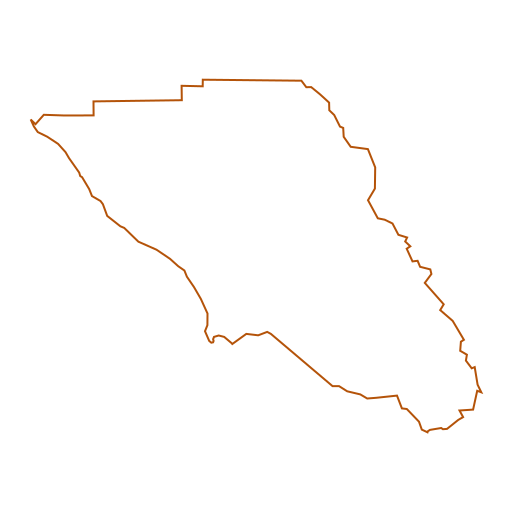 the district of Sonoma, California, United States of America
{"feature_id": "52423323B39454223771984", "entity_name": "Sonoma", "entity_type": "district", "adm_level": 2, "iso_a3": "USA", "parent_name": "United States of America", "parent_adm1": "California", "projection": "natural_earth1", "projection_center": [-122.845, 38.481], "detail": "fine", "context": "isolated", "style": "outline", "palette": "amber", "viewbox_px": 512, "rotation_deg": 0, "n_neighbors": 0, "source": "geoboundaries", "source_scale": "gbopen_adm2", "svg_char_len": 1483}
<svg xmlns="http://www.w3.org/2000/svg" viewBox="0 0 512 512"><path d="M459.5,410.5L473.1,409.6L477.2,390.8L481.3,392.3L477.6,384.7L474.7,367.1L471.7,368.3L465.9,360.6L466.9,354.7L460.2,350.8L460.9,341.7L463.9,339.8L452.7,320.9L440.2,310.1L443.7,304.3L424.8,282.9L431.4,274.0L430.3,269.4L420.1,266.8L417.6,260.8L412.5,261.4L406.7,248.7L410.3,246.3L405.2,241.5L407.1,237.5L398.4,234.8L392.5,223.5L384.7,219.7L377.8,218.3L368.0,200.2L374.9,188.6L375.2,167.4L367.9,149.1L350.7,146.8L343.7,136.8L343.2,127.9L340.0,126.6L334.2,115.0L329.3,110.3L329.1,102.6L320.0,94.3L311.2,87.1L306.3,87.2L301.4,80.7L202.8,79.7L202.7,86.3L181.6,85.8L181.8,100.2L93.5,101.4L93.6,115.4L64.7,115.5L43.8,114.8L35.5,124.2L30.7,119.5L33.9,126.5L37.8,132.1L47.2,136.7L58.1,143.9L65.5,152.1L69.0,158.1L79.2,172.6L80.2,176.0L82.1,177.2L89.2,189.1L92.0,196.1L100.5,201.0L102.9,204.2L107.2,215.9L120.4,226.3L124.2,227.9L138.4,241.7L156.5,249.7L170.1,258.9L178.2,266.2L184.4,270.5L186.9,276.7L194.0,287.1L200.9,299.0L207.5,313.5L207.4,325.2L205.0,331.2L209.2,340.9L211.3,342.7L213.1,342.3L213.6,340.9L213.1,339.2L214.0,336.9L218.7,335.5L224.2,336.9L231.9,343.4L232.3,344.0L246.3,333.9L258.2,335.3L267.2,331.9L270.9,333.9L332.5,386.1L339.0,386.1L347.2,391.3L360.3,394.4L367.2,398.5L376.2,397.8L397.0,395.6L401.9,408.4L406.8,409.0L419.0,421.7L421.8,429.6L427.5,432.3L427.8,431.3L429.9,429.9L441.2,428.0L442.9,429.2L447.0,428.9L458.4,419.8L463.1,417.1L459.5,410.5Z" fill="none" stroke="#b45309" stroke-width="2"/></svg>